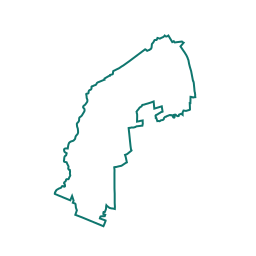 Tiganasi, Iasi, Romania (Equal Earth projection), rotated 110°
{"feature_id": "2599482B17220998825141", "entity_name": "Tiganasi", "entity_type": "district", "adm_level": 2, "iso_a3": "ROU", "parent_name": "Romania", "parent_adm1": "Iasi", "projection": "equal_earth", "projection_center": [27.471, 47.35], "detail": "fine", "context": "isolated", "style": "outline", "palette": "teal", "viewbox_px": 256, "rotation_deg": 110, "n_neighbors": 0, "source": "geoboundaries", "source_scale": "gbopen_adm2", "svg_char_len": 5803}
<svg xmlns="http://www.w3.org/2000/svg" viewBox="0 0 256 256"><g transform="rotate(110 128 128)"><path d="M117.4,175.3L120.0,176.0L120.7,176.2L121.9,177.0L122.7,177.4L123.4,177.4L124.1,177.1L124.4,176.6L124.7,176.0L125.0,175.5L125.3,175.3L126.1,174.9L126.5,174.8L127.3,174.7L127.8,174.8L131.9,175.6L132.5,175.8L133.1,176.1L134.2,176.9L134.8,177.2L135.0,177.2L135.5,177.2L137.1,176.7L138.1,176.5L138.5,176.6L139.2,176.7L139.7,176.9L140.8,177.4L141.4,177.5L142.1,177.3L144.1,176.3L145.2,175.4L145.7,175.0L147.7,174.0L149.2,173.4L150.1,173.3L150.5,173.3L151.1,173.4L152.9,174.1L153.8,174.3L154.2,174.3L155.7,174.1L156.3,174.0L156.9,174.2L158.3,174.8L158.9,175.3L160.1,176.9L160.9,177.6L161.9,178.2L162.5,178.3L164.1,178.3L165.3,178.1L167.9,177.6L168.3,179.1L168.6,179.7L168.9,180.2L169.6,180.7L170.0,180.7L170.5,180.6L171.5,180.0L171.9,179.7L172.2,179.2L172.4,178.6L172.7,177.0L174.8,176.8L175.7,177.4L176.1,177.7L177.1,177.8L178.1,177.6L178.9,177.4L179.9,177.1L180.4,177.1L181.1,176.8L181.4,176.6L181.5,176.2L181.5,175.8L181.4,175.1L181.2,174.0L182.7,172.6L184.1,171.1L184.6,170.7L185.0,170.6L186.2,170.4L186.5,170.3L186.9,170.0L187.2,169.6L187.4,169.2L187.3,168.9L187.2,168.6L187.3,168.4L187.4,168.2L188.0,168.0L188.4,167.7L189.3,167.4L190.7,167.0L190.9,166.9L191.9,166.3L192.4,166.0L193.4,166.1L194.2,166.3L196.0,166.3L196.3,166.4L196.5,166.5L196.7,166.8L196.9,167.6L196.9,167.8L197.2,168.2L197.4,168.4L197.9,168.5L198.5,168.4L199.1,168.4L199.6,168.5L200.5,169.1L201.0,169.3L201.4,169.3L201.8,169.2L202.0,169.0L202.2,168.6L202.3,168.3L202.4,168.2L203.7,167.5L204.0,167.4L204.4,167.3L204.7,167.5L205.0,167.9L205.0,168.3L204.9,168.6L204.8,169.3L205.0,169.7L205.1,169.9L205.3,170.1L205.7,170.2L206.8,170.4L207.2,170.7L208.6,172.3L209.5,173.0L210.6,173.9L211.4,174.2L211.8,174.3L212.5,174.2L213.4,174.6L214.9,174.3L215.0,174.1L215.7,158.1L215.7,157.5L211.0,157.3L214.8,154.3L217.1,154.3L217.1,151.9L217.4,151.4L217.6,151.2L218.2,150.9L220.7,149.7L222.5,148.2L222.8,147.9L227.6,147.8L227.7,140.7L228.7,117.5L227.5,117.4L223.3,117.3L222.9,117.3L222.6,117.4L222.6,123.5L220.8,123.6L220.5,123.5L220.3,123.1L219.7,122.1L219.4,121.1L218.8,119.7L217.3,119.7L217.2,121.8L215.8,122.2L215.3,122.2L214.9,121.1L213.6,121.0L211.6,121.0L208.8,121.8L208.0,121.9L208.3,121.4L208.8,120.0L209.4,118.0L209.3,117.1L209.3,116.7L209.1,115.6L208.9,114.9L208.7,113.8L208.6,112.7L206.4,113.4L202.9,114.9L194.4,118.0L189.5,120.0L175.0,125.3L172.1,126.3L169.6,127.5L169.1,126.8L168.7,125.8L168.0,124.8L167.0,123.3L166.6,122.6L165.7,121.2L163.1,119.3L161.6,118.2L160.7,117.3L156.4,120.0L155.3,120.8L154.3,121.6L153.3,120.4L152.8,119.9L148.0,117.0L147.8,117.0L147.2,117.8L144.2,119.4L139.7,121.6L133.5,124.6L127.8,127.4L127.5,127.0L127.1,126.0L126.6,125.3L126.3,124.8L126.2,124.6L126.1,124.1L125.7,123.0L125.4,122.5L125.1,122.3L124.6,121.4L124.3,121.2L123.6,120.7L123.4,120.3L122.8,119.1L121.0,115.6L120.9,115.3L118.8,115.6L117.5,116.2L115.9,116.8L116.5,117.8L117.1,118.9L117.5,119.3L118.9,121.7L113.8,123.4L111.8,124.2L111.1,124.8L110.8,124.9L109.8,125.5L109.7,125.4L109.2,125.4L108.7,125.3L106.2,124.4L105.2,124.2L104.3,123.7L103.1,122.7L101.4,122.4L101.0,121.7L100.6,121.0L99.2,119.2L98.3,117.9L96.3,115.3L94.3,113.0L100.8,109.9L96.1,103.7L100.8,101.1L101.1,101.4L101.9,102.5L103.2,103.4L103.9,104.1L105.4,105.1L105.9,105.8L106.4,106.2L106.7,106.3L107.3,106.3L108.2,105.5L108.4,105.5L109.1,105.4L109.2,105.1L109.1,104.7L111.5,102.8L111.1,102.2L110.9,100.8L110.6,100.4L110.3,100.2L109.7,99.9L109.4,99.5L108.6,98.1L108.1,97.7L107.9,97.6L107.4,97.4L106.6,97.6L105.9,97.4L105.2,97.1L104.6,96.7L104.3,96.0L104.0,95.8L103.4,95.4L103.0,94.9L102.8,94.6L101.6,93.3L101.4,92.8L101.2,92.2L101.4,92.1L101.4,91.9L101.0,90.7L101.1,90.4L101.5,90.1L101.9,89.7L102.1,89.4L102.4,89.2L102.3,88.8L102.3,88.7L102.5,88.3L102.3,88.2L102.1,88.0L101.1,88.2L100.1,88.3L100.3,88.7L100.5,89.1L100.0,89.4L99.5,88.6L99.2,87.9L99.3,87.5L99.6,87.1L99.7,86.8L99.9,85.5L99.8,85.1L99.4,84.5L98.0,84.6L96.8,83.3L96.7,83.2L96.7,81.9L96.8,81.5L96.9,81.2L95.3,81.8L95.1,82.0L92.6,81.8L92.5,81.4L92.2,79.7L92.0,79.2L89.8,76.2L89.6,76.1L89.4,76.1L87.4,76.9L83.5,78.5L83.3,77.9L77.3,79.9L77.1,79.1L77.1,78.7L77.0,77.8L77.1,77.7L77.1,77.3L77.0,77.1L76.4,76.3L76.3,75.9L76.0,75.3L74.8,75.9L73.4,76.4L72.8,76.8L71.9,77.2L71.0,77.9L70.4,78.1L70.0,78.4L68.6,79.0L63.2,81.6L61.8,82.5L61.6,82.7L61.6,82.9L61.4,83.1L53.0,88.1L49.5,90.7L46.7,92.6L43.6,94.4L42.4,95.5L41.8,95.9L39.8,97.9L37.5,100.8L36.9,101.7L33.8,106.0L33.3,106.6L32.4,106.2L28.8,104.9L28.7,105.4L28.8,105.6L28.7,106.1L28.4,106.7L28.3,106.9L31.6,113.3L31.6,113.6L31.5,113.8L30.8,114.7L32.1,115.8L27.3,121.7L28.0,122.2L28.7,122.9L28.9,123.3L29.0,123.6L29.0,123.9L28.9,124.4L28.6,125.1L29.3,125.3L30.4,126.0L30.8,126.3L31.5,127.1L32.1,127.7L33.1,128.6L33.3,131.1L34.4,131.1L35.3,131.2L35.5,131.3L35.6,131.5L35.8,132.0L35.8,132.3L36.3,133.1L38.3,133.4L39.0,133.5L40.4,134.1L40.8,134.2L41.3,134.2L41.8,134.0L43.9,133.5L44.6,133.3L44.9,133.4L45.2,133.5L45.8,133.5L46.3,134.0L46.6,134.2L47.2,134.4L47.3,134.5L47.6,135.0L48.1,135.6L48.8,136.1L48.9,136.5L48.9,136.8L48.8,137.1L48.4,137.6L48.2,138.4L48.2,138.8L56.3,144.1L64.3,149.3L71.0,153.9L72.3,155.0L74.7,156.7L79.5,161.3L80.2,161.2L80.5,161.2L82.0,160.8L82.7,160.8L83.5,161.8L83.8,162.3L84.3,163.0L85.1,162.9L85.3,163.4L86.3,164.3L89.6,167.0L90.7,166.6L90.8,166.9L91.3,167.4L94.7,171.1L95.2,171.7L95.6,172.1L96.2,172.5L97.0,172.7L98.0,172.8L98.6,173.1L99.6,174.4L100.4,175.1L101.2,176.2L101.4,176.3L101.7,176.4L101.9,176.4L102.7,176.0L103.6,175.8L104.2,175.9L104.8,176.2L105.0,176.4L105.2,176.7L105.5,177.0L106.1,177.4L106.8,177.5L107.1,177.5L108.5,177.1L109.0,177.2L109.4,177.6L109.8,178.4L110.0,178.7L110.4,178.9L110.6,178.8L112.1,177.9L113.0,177.5L113.9,177.1L114.8,176.3L115.4,175.8L116.5,175.4L117.4,175.3Z" fill="none" stroke="#0f766e" stroke-width="2"/></g></svg>